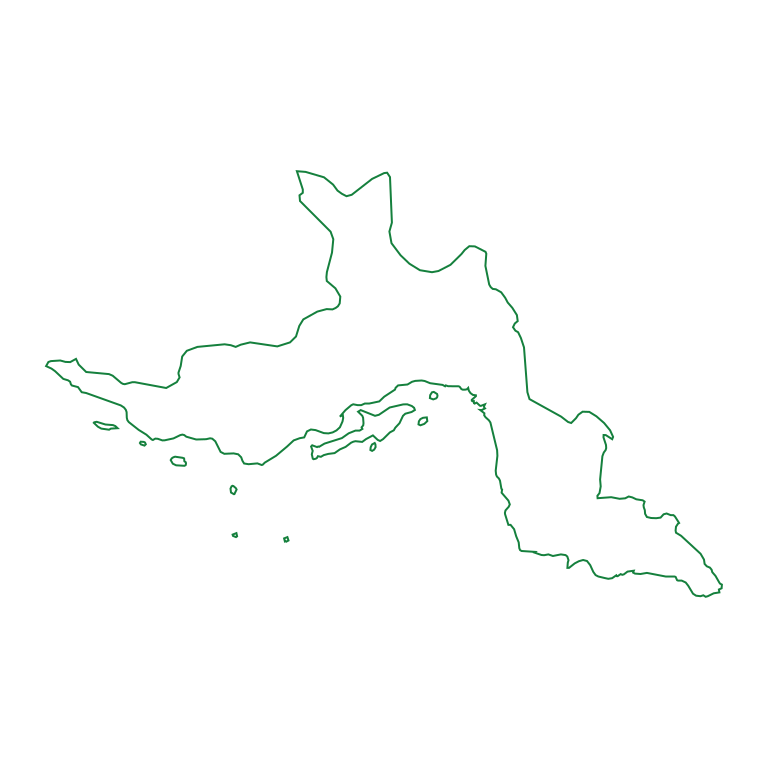 map outline of Hormozgan (Robinson projection)
{"feature_id": "IRN-3228", "entity_name": "Hormozgan", "entity_type": "Province", "adm_level": 1, "iso_a3": "IRN", "parent_name": "Iran", "parent_adm1": "", "projection": "robinson", "projection_center": [56.023, 27.172], "detail": "fine", "context": "isolated", "style": "outline", "palette": "green", "viewbox_px": 768, "rotation_deg": 0, "n_neighbors": 0, "source": "natural_earth", "source_scale": "10m", "svg_char_len": 6114}
<svg xmlns="http://www.w3.org/2000/svg" viewBox="0 0 768 768"><path d="M719.4,592.4L713.7,593.3L707.8,596.2L705.7,596.8L703.3,595.3L700.5,596.2L696.1,595.7L693.0,593.7L688.2,585.7L685.7,582.5L681.7,580.6L678.1,580.6L677.1,580.2L675.6,576.9L674.4,576.5L665.6,576.5L646.9,572.9L640.5,574.0L635.0,573.6L633.1,572.6L633.8,570.7L627.5,571.6L623.8,574.4L622.2,574.8L620.7,574.1L617.6,576.2L616.7,576.1L616.3,575.3L612.1,578.2L608.3,578.8L605.0,578.1L598.3,576.5L595.6,575.1L593.3,571.9L590.2,565.1L587.0,561.0L583.1,560.0L578.9,561.2L574.7,563.4L569.0,567.9L567.4,567.9L567.8,562.6L568.5,560.2L567.3,556.5L565.6,555.1L560.9,554.4L552.9,556.0L548.4,554.4L544.1,555.2L541.5,555.0L534.5,552.6L535.3,551.9L521.6,551.0L520.1,550.1L519.3,548.2L518.7,542.4L516.2,536.3L514.1,529.2L510.6,524.9L508.4,524.9L505.1,514.3L504.9,512.9L505.5,510.4L508.7,506.8L509.8,504.4L508.4,500.6L501.6,492.7L502.1,489.5L501.4,488.8L500.0,480.7L498.9,478.5L496.9,476.5L496.1,474.6L495.7,470.7L497.4,455.8L497.1,450.2L490.4,422.5L488.9,420.3L485.5,417.2L484.2,415.3L484.4,413.3L480.2,410.0L481.6,410.1L485.0,408.4L484.2,407.5L484.0,406.4L485.0,404.3L480.8,405.9L479.9,405.7L476.6,402.6L474.6,403.6L474.0,403.2L473.8,401.0L472.5,401.3L471.8,400.7L471.8,399.8L475.9,396.2L475.9,395.3L472.9,394.9L470.5,393.1L468.8,390.6L468.2,387.9L467.0,389.2L465.7,389.6L462.9,389.7L461.4,389.1L459.7,386.8L458.7,386.3L448.1,386.2L445.8,385.4L445.1,386.3L442.6,384.9L430.1,383.2L424.7,381.0L421.6,380.5L415.2,380.9L412.0,381.8L407.5,384.5L398.1,385.4L395.6,387.8L395.0,389.6L384.2,396.7L379.3,401.4L369.4,403.5L364.9,403.5L361.3,405.1L357.5,405.1L353.2,404.3L351.3,405.2L345.4,410.2L339.9,416.6L342.8,415.0L343.2,417.9L342.5,421.5L339.9,427.3L336.5,430.4L332.7,432.4L328.4,433.4L323.8,433.1L315.6,430.1L310.9,429.5L307.0,431.4L304.2,437.4L299.7,438.2L293.7,440.4L287.0,446.6L276.0,455.8L264.8,462.6L262.7,464.7L261.7,465.0L257.4,463.4L248.6,464.2L244.1,463.5L242.4,460.7L241.2,457.3L238.2,454.3L233.6,453.4L224.3,453.8L220.6,451.9L215.3,441.3L212.3,438.7L210.1,438.3L206.1,439.2L196.2,439.5L186.3,436.7L184.3,435.1L182.4,434.6L180.3,435.1L173.5,438.4L164.7,440.3L162.4,440.4L157.8,438.8L155.3,438.6L152.9,440.0L151.7,439.5L146.4,434.7L138.7,429.9L128.8,422.1L127.4,420.2L126.8,417.8L126.6,412.1L125.8,409.8L124.0,407.5L120.8,405.4L86.1,393.0L81.7,392.2L78.0,387.1L71.9,385.5L70.9,384.3L70.1,381.7L68.0,380.3L63.3,378.9L55.1,371.2L51.5,368.6L46.1,366.1L48.4,362.0L50.9,361.1L60.3,360.5L65.4,361.9L70.2,362.1L76.0,358.9L78.7,364.6L86.2,372.0L109.0,374.1L112.7,375.7L121.3,383.0L123.0,383.9L124.8,384.2L132.3,382.2L134.9,382.2L166.2,388.0L176.8,382.1L179.6,377.4L178.5,373.9L178.5,372.6L180.7,366.0L182.2,356.5L186.8,350.8L197.4,346.9L224.6,344.3L230.8,345.2L235.7,346.9L240.7,344.7L250.1,342.4L277.3,346.4L290.0,342.4L296.0,336.5L299.3,325.9L303.3,319.4L317.3,311.6L326.6,309.1L332.5,309.4L335.6,308.0L337.9,306.3L339.7,303.4L340.3,296.6L335.4,288.3L326.8,281.0L326.4,277.1L326.9,272.1L332.0,252.6L333.3,239.2L330.6,231.7L300.0,201.0L299.5,195.3L302.8,192.8L302.8,189.5L296.9,171.2L305.6,171.9L324.0,177.3L333.1,184.6L337.5,190.6L341.9,193.8L346.5,196.2L351.7,194.8L372.1,178.9L384.1,173.1L387.1,172.7L390.0,177.1L391.9,222.6L389.4,231.5L391.5,243.2L400.6,255.3L409.4,263.7L419.9,270.2L432.0,272.2L438.5,271.0L450.5,264.8L461.5,254.0L464.7,250.0L469.3,246.2L474.9,246.4L485.5,251.8L486.3,253.7L485.4,265.9L489.2,284.5L490.7,287.1L492.7,288.9L495.9,289.3L501.2,292.3L505.2,297.8L507.7,302.5L512.3,307.8L516.9,315.1L517.7,321.1L514.8,323.5L513.0,327.2L515.4,330.7L518.1,332.2L520.9,338.0L524.0,347.4L527.4,392.2L529.5,399.1L561.1,416.6L568.1,422.0L571.2,423.0L576.0,418.2L578.4,414.7L582.6,411.7L589.3,411.9L596.4,416.3L604.1,423.0L610.1,430.3L613.1,436.9L612.2,439.2L605.8,435.1L603.6,435.0L603.5,437.4L606.0,445.0L606.2,448.1L605.6,450.1L603.8,452.5L602.4,456.2L600.1,479.5L600.7,486.4L599.5,493.1L597.4,495.8L597.6,498.2L611.2,497.2L619.6,498.8L625.2,498.3L628.7,496.5L632.3,497.4L636.3,499.3L642.7,500.3L644.6,501.6L643.5,505.1L643.8,507.4L644.8,510.1L645.1,513.8L646.9,517.0L651.1,518.0L656.2,518.2L660.6,517.6L663.6,514.3L666.6,513.5L670.6,515.1L673.4,515.1L674.9,516.4L679.1,523.0L677.9,523.8L676.0,526.7L675.6,530.5L676.0,532.7L681.1,535.8L700.6,553.8L704.0,559.6L704.6,563.9L706.8,566.3L709.9,567.6L711.6,569.7L712.3,572.2L715.5,575.9L719.2,582.4L720.0,583.6L721.9,584.6L721.6,588.3L718.9,589.5L719.4,592.4ZM407.2,404.3L411.8,406.0L414.1,407.8L414.9,410.0L411.6,412.0L405.3,413.7L403.0,415.8L399.5,423.2L395.3,427.7L393.8,430.3L389.9,432.4L383.1,439.1L380.1,441.0L377.7,439.9L372.9,435.4L366.0,439.1L362.2,441.9L355.4,441.2L353.3,441.7L351.1,442.7L345.6,446.9L339.9,449.4L334.6,453.1L328.3,453.9L323.8,455.1L320.9,456.8L317.9,456.2L316.9,458.0L315.8,458.7L313.6,459.2L312.8,458.7L311.8,454.3L312.7,450.9L311.1,446.5L312.2,445.3L317.1,447.1L318.2,446.5L319.1,446.8L324.5,443.6L341.9,438.1L348.7,433.3L355.4,430.6L359.6,430.6L362.4,428.9L361.6,427.3L363.2,425.4L363.5,423.2L363.1,417.8L362.3,415.8L358.1,411.7L360.7,410.1L375.0,415.8L378.9,414.8L389.7,407.5L403.2,404.4L407.2,404.3ZM184.4,465.8L176.1,465.3L172.8,463.7L170.7,460.1L171.7,458.4L173.3,457.3L175.1,456.7L182.6,457.8L184.1,458.4L184.4,461.3L185.8,462.3L186.0,463.8L185.6,465.2L184.4,465.8ZM110.9,428.6L109.1,429.7L101.3,428.6L97.9,426.7L93.8,422.8L94.2,422.3L96.7,421.8L105.4,424.5L113.0,425.1L115.4,426.1L117.6,428.2L110.9,428.6ZM418.5,424.4L418.9,421.3L420.4,419.1L423.0,417.8L426.8,417.4L427.3,421.1L424.3,423.9L420.4,425.3L418.5,424.4ZM433.8,391.9L437.1,394.0L437.5,395.7L437.1,397.3L436.1,398.4L433.2,399.4L429.9,398.1L430.2,395.1L432.0,392.3L433.8,391.9ZM233.5,486.1L235.8,488.1L236.6,489.5L234.4,494.1L233.9,494.2L231.0,492.5L230.5,488.6L231.6,486.3L232.5,485.8L233.5,486.1ZM374.7,443.0L375.4,444.3L375.6,447.1L374.2,449.6L372.1,450.9L370.4,450.0L370.7,447.2L372.0,444.5L374.7,443.0ZM143.8,441.9L145.0,442.5L145.8,444.3L144.5,445.6L140.9,444.4L139.9,443.0L140.7,441.7L143.8,441.9ZM287.4,537.1L288.5,540.5L286.2,541.7L285.2,540.7L284.8,541.1L284.1,538.4L287.4,537.1ZM236.4,533.1L237.1,536.3L236.0,537.1L233.0,535.9L232.6,534.6L236.4,533.1Z" fill="none" stroke="#15803d" stroke-width="2"/></svg>